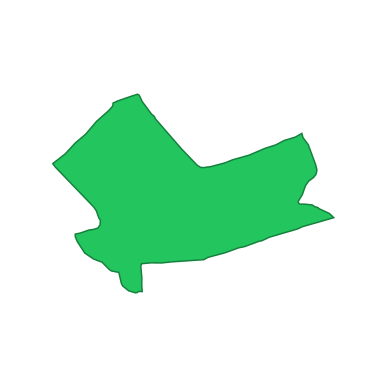 outline of San José Acatempa, Jutiapa, Guatemala, rotated 313°
{"feature_id": "79465075B89624307194233", "entity_name": "San José Acatempa", "entity_type": "district", "adm_level": 2, "iso_a3": "GTM", "parent_name": "Guatemala", "parent_adm1": "Jutiapa", "projection": "robinson", "projection_center": [-90.143, 14.268], "detail": "fine", "context": "isolated", "style": "filled", "palette": "green", "viewbox_px": 384, "rotation_deg": 313, "n_neighbors": 0, "source": "geoboundaries", "source_scale": "gbopen_adm2", "svg_char_len": 1344}
<svg xmlns="http://www.w3.org/2000/svg" viewBox="0 0 384 384"><g transform="rotate(313 192 192)"><path d="M81.5,135.3L79.6,137.3L77.5,141.9L74.2,155.2L75.8,165.4L78.5,172.3L79.3,173.8L78.9,184.3L79.3,187.0L83.3,193.3L76.9,202.8L76.0,205.4L76.5,212.9L79.6,219.3L81.0,220.5L82.8,220.7L85.2,223.5L89.7,218.7L94.9,214.0L102.8,205.2L105.1,204.0L112.1,210.2L119.4,218.2L126.5,224.3L150.7,246.9L155.0,248.2L170.4,257.8L183.0,264.2L187.9,267.7L201.6,274.6L204.1,276.4L211.5,279.3L236.8,294.3L242.1,296.5L269.9,313.2L270.0,307.1L266.4,296.2L266.5,294.7L265.1,292.1L264.5,288.7L260.0,282.7L258.1,280.6L256.8,279.4L256.6,278.5L256.7,277.5L257.1,276.5L258.5,275.9L265.3,274.5L273.9,270.7L279.6,269.9L285.3,271.0L289.2,270.7L292.1,269.2L293.8,267.7L296.5,263.4L305.9,244.7L307.5,236.0L309.8,232.4L302.6,230.1L292.6,224.3L283.7,221.2L273.9,215.7L257.7,208.5L243.4,199.8L235.9,196.3L223.6,188.6L222.9,188.1L219.8,185.4L218.5,184.6L216.0,181.7L215.1,178.0L216.3,155.7L220.5,115.8L221.5,113.0L221.4,109.1L224.2,93.8L226.8,87.4L226.3,85.4L225.4,84.9L224.3,84.4L222.9,83.5L208.5,75.8L203.2,73.6L201.0,75.4L195.2,75.6L178.4,74.0L161.6,74.8L148.3,73.2L133.6,73.3L117.8,70.8L117.0,75.1L114.0,130.1L113.0,134.9L109.5,141.5L108.8,144.3L105.2,147.2L101.3,147.7L97.1,145.2L94.0,142.6L85.5,138.1L81.5,135.3Z" fill="#22c55e" stroke="#15803d" stroke-width="1.5"/></g></svg>